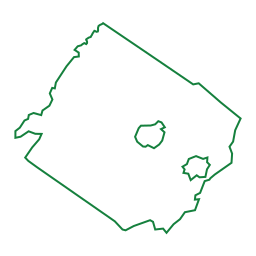 outline of Augusta, Virginia, United States of America
{"feature_id": "52423323B12422495570897", "entity_name": "Augusta", "entity_type": "district", "adm_level": 2, "iso_a3": "USA", "parent_name": "United States of America", "parent_adm1": "Virginia", "projection": "robinson", "projection_center": [-79.152, 38.18], "detail": "fine", "context": "isolated", "style": "outline", "palette": "green", "viewbox_px": 256, "rotation_deg": 0, "n_neighbors": 0, "source": "geoboundaries", "source_scale": "gbopen_adm2", "svg_char_len": 1613}
<svg xmlns="http://www.w3.org/2000/svg" viewBox="0 0 256 256"><path d="M28.3,160.9L37.0,167.2L114.8,221.3L122.5,229.5L125.6,230.3L133.8,226.0L150.1,220.2L153.0,221.8L155.2,229.5L163.1,228.6L166.5,232.8L173.6,224.2L180.0,219.2L184.9,212.2L195.0,210.2L199.0,199.2L194.9,199.6L195.4,195.3L200.1,192.9L204.7,181.1L209.4,179.7L210.3,178.3L214.8,174.5L231.5,162.8L232.1,153.6L229.5,146.7L233.1,141.6L235.2,130.2L240.6,118.5L220.6,102.3L198.7,83.3L193.2,84.4L173.7,71.1L146.8,52.8L103.1,23.2L102.8,23.6L101.0,24.5L100.2,24.8L98.6,25.9L98.0,27.9L98.1,30.4L97.8,31.5L96.5,31.8L94.8,30.9L94.4,30.8L92.5,33.6L92.0,34.8L91.8,35.1L91.3,35.8L90.7,37.0L89.3,37.4L88.6,37.7L86.4,39.2L86.2,39.4L86.3,39.6L86.3,40.2L86.9,41.1L87.0,41.5L87.1,42.0L87.0,43.2L86.2,44.1L85.4,43.7L85.0,43.3L84.6,43.1L84.0,43.2L83.6,43.6L82.5,44.1L81.9,44.7L81.2,45.3L77.7,46.3L74.6,49.9L78.7,52.6L78.8,56.5L74.0,57.1L66.5,66.3L55.9,82.5L54.8,88.4L52.2,87.9L49.8,93.4L52.4,99.5L49.4,105.7L42.5,110.5L41.2,115.1L33.5,113.0L28.8,115.0L28.1,118.9L24.5,120.5L19.8,127.7L15.4,131.1L15.4,137.8L20.6,136.7L28.6,131.3L35.3,133.8L41.6,133.9L39.2,139.3L32.2,147.4L25.2,157.6L28.3,160.9ZM137.2,141.7L135.1,136.8L138.7,128.2L140.9,125.7L150.7,125.5L155.2,124.3L158.3,121.2L161.5,122.4L164.8,127.3L161.0,129.1L164.5,132.3L162.2,140.6L159.2,144.5L154.0,148.2L147.8,145.1L145.6,146.7L143.0,146.5L137.2,141.7ZM182.5,166.7L186.9,164.1L188.8,159.0L196.0,156.1L203.1,158.9L207.4,157.5L207.1,162.2L209.8,164.9L207.0,169.3L205.4,176.9L199.5,177.3L196.7,175.3L190.7,180.1L188.3,173.7L183.5,172.9L184.6,169.4L182.5,166.7Z" fill="none" stroke="#15803d" stroke-width="2"/></svg>